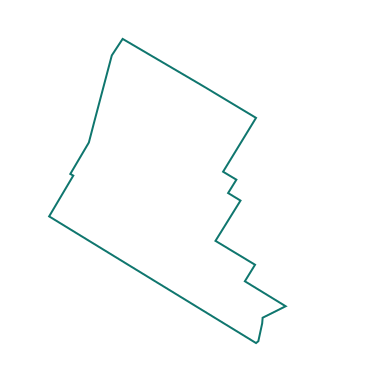 Morgan, Illinois, United States of America (Equal Earth projection), rotated 211°
{"feature_id": "52423323B44422856436283", "entity_name": "Morgan", "entity_type": "district", "adm_level": 2, "iso_a3": "USA", "parent_name": "United States of America", "parent_adm1": "Illinois", "projection": "equal_earth", "projection_center": [-90.262, 39.698], "detail": "fine", "context": "isolated", "style": "outline", "palette": "teal", "viewbox_px": 384, "rotation_deg": 211, "n_neighbors": 0, "source": "geoboundaries", "source_scale": "gbopen_adm2", "svg_char_len": 422}
<svg xmlns="http://www.w3.org/2000/svg" viewBox="0 0 384 384"><g transform="rotate(211 192 192)"><path d="M330.3,287.5L331.1,267.8L311.7,201.0L305.9,181.3L305.6,144.8L302.2,144.9L301.9,97.5L59.3,95.5L58.3,98.3L64.2,115.6L66.7,120.6L52.9,142.3L100.7,142.7L100.5,162.1L146.7,162.2L146.0,209.6L160.5,209.7L160.3,225.4L175.8,225.4L175.3,288.5L236.4,288.5L330.3,287.5Z" fill="none" stroke="#0f766e" stroke-width="2"/></g></svg>